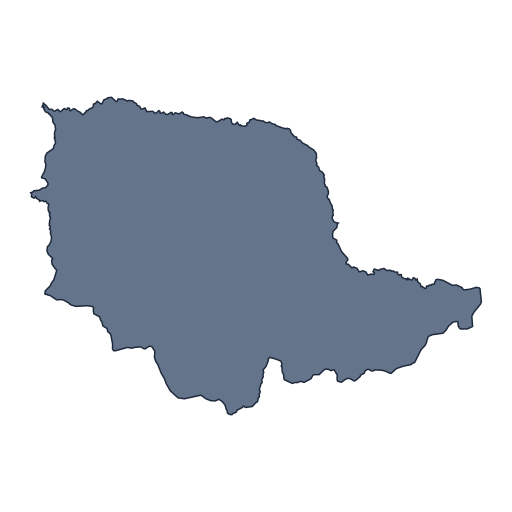 La Vega, Cauca, Colombia (Albers equal-area conic projection)
{"feature_id": "7082276B89331867807141", "entity_name": "La Vega", "entity_type": "district", "adm_level": 2, "iso_a3": "COL", "parent_name": "Colombia", "parent_adm1": "Cauca", "projection": "albers", "projection_center": [-76.765, 2.053], "detail": "fine", "context": "isolated", "style": "filled", "palette": "slate", "viewbox_px": 512, "rotation_deg": 0, "n_neighbors": 0, "source": "geoboundaries", "source_scale": "gbopen_adm2", "svg_char_len": 5982}
<svg xmlns="http://www.w3.org/2000/svg" viewBox="0 0 512 512"><path d="M470.4,289.1L464.1,289.9L462.5,288.7L462.1,287.6L456.4,285.0L452.5,285.3L442.9,280.3L437.6,279.3L435.9,279.8L434.0,284.2L431.7,284.4L431.1,285.2L429.6,285.0L428.3,286.0L426.7,286.0L426.0,288.2L425.2,288.6L422.0,286.4L421.0,286.6L420.1,283.7L417.7,281.8L417.1,279.0L416.3,279.9L415.7,279.9L414.8,278.2L413.4,277.7L411.9,279.9L410.9,280.0L407.8,278.1L407.4,278.5L407.9,279.7L407.0,279.8L405.8,278.7L404.0,278.5L401.7,277.1L401.3,274.6L398.2,274.8L397.4,272.1L395.1,272.2L393.6,271.1L391.5,271.1L390.3,270.2L386.7,270.5L384.0,268.4L379.5,269.6L378.7,270.4L374.3,269.0L373.0,271.7L374.4,272.7L373.9,274.3L370.8,274.1L367.7,275.1L366.0,272.0L363.1,270.8L359.2,271.8L357.1,268.4L353.6,267.0L351.9,267.9L348.4,264.3L346.2,264.0L346.3,261.9L347.9,259.9L347.5,258.3L341.4,251.3L338.0,243.9L336.7,242.4L336.8,240.2L332.9,238.0L332.5,234.0L333.3,231.0L336.8,227.6L337.3,224.3L338.3,223.1L334.3,222.1L332.2,218.6L332.5,216.0L333.2,215.5L332.9,211.6L333.3,210.0L332.5,209.2L332.0,205.5L330.3,202.8L329.2,199.4L327.7,198.3L327.1,196.8L328.5,193.2L328.3,191.0L326.9,187.1L325.2,186.2L325.1,184.8L324.4,183.7L324.6,178.9L323.8,176.7L324.3,174.9L322.3,172.1L320.2,171.0L319.2,169.6L318.7,167.2L316.5,165.4L317.0,163.9L315.7,160.2L316.6,157.4L316.2,153.2L313.6,149.9L308.3,146.6L307.7,145.6L302.4,143.0L300.2,140.3L296.8,139.1L296.6,137.1L295.1,137.0L293.1,135.2L290.6,132.1L290.6,130.6L289.4,129.0L287.2,128.3L285.9,129.0L285.0,128.3L283.5,128.3L276.2,125.6L275.3,124.5L271.7,123.6L269.5,121.9L267.5,122.7L265.4,122.5L263.0,120.8L261.4,121.1L259.9,120.4L256.7,120.1L253.9,118.3L251.3,119.6L249.9,119.8L249.1,122.5L247.2,123.0L246.7,123.9L246.9,125.3L245.0,126.2L241.3,125.9L240.5,124.8L239.3,125.4L237.3,122.3L235.0,124.4L232.5,123.9L231.6,122.6L231.1,119.4L229.9,118.5L227.1,117.9L225.7,118.7L224.7,118.5L223.9,119.9L222.0,119.1L217.8,121.6L215.9,121.7L211.7,118.2L209.8,117.3L206.0,118.1L203.9,116.8L197.8,117.7L191.3,117.0L189.8,116.1L188.6,116.2L187.5,115.1L183.8,114.3L183.2,112.7L182.1,112.0L179.0,113.9L175.2,112.8L173.6,114.4L172.7,114.5L172.2,114.1L172.1,112.7L171.1,112.3L168.0,114.3L166.1,114.5L163.6,112.1L161.9,113.1L160.2,113.3L159.8,111.2L158.7,110.6L156.7,112.8L155.2,113.2L152.7,111.3L146.8,111.6L145.0,107.9L142.0,109.1L141.0,109.0L139.6,106.3L137.0,105.3L136.5,103.7L134.0,102.3L132.8,100.9L128.8,100.4L127.3,101.0L122.4,98.7L120.9,99.2L118.2,98.9L117.1,101.3L116.2,101.6L111.5,97.3L107.7,97.8L106.1,99.1L104.0,99.7L102.0,103.8L100.6,103.7L97.3,101.2L95.3,103.5L93.5,104.1L93.3,106.3L92.3,107.8L89.5,108.9L87.7,110.5L86.3,110.6L86.0,111.8L82.7,114.9L80.1,112.2L77.8,111.2L74.5,108.7L72.8,109.1L70.5,110.8L69.8,110.5L69.4,108.4L68.5,108.0L67.5,108.1L67.1,109.4L66.5,109.6L64.2,108.5L60.7,111.6L60.0,111.5L57.8,109.4L54.7,111.2L53.9,111.1L52.0,109.4L48.9,109.2L46.3,105.7L43.3,103.1L43.0,105.0L42.4,105.8L43.3,106.1L42.3,106.9L43.3,107.1L43.5,107.8L44.3,107.7L43.9,109.0L45.4,111.8L48.6,113.1L48.8,114.0L50.2,114.6L50.6,115.8L51.7,116.3L52.6,118.7L52.9,122.1L55.0,125.1L55.6,129.4L54.7,131.9L54.4,134.4L54.9,136.0L54.3,137.4L55.2,137.9L54.5,139.0L55.3,141.0L55.5,143.3L54.2,145.3L53.2,148.7L46.8,153.1L45.3,156.3L44.9,161.7L45.9,164.3L45.4,168.3L44.3,171.7L41.5,177.1L41.7,177.8L45.2,178.9L47.9,183.0L47.9,185.0L45.4,187.8L42.8,188.0L39.1,190.2L33.8,190.8L32.6,192.1L30.7,192.7L31.7,193.9L31.4,196.5L32.1,197.3L34.3,198.2L35.6,196.6L36.7,198.5L38.9,199.7L39.7,201.4L41.1,200.7L43.0,200.6L43.8,201.6L45.9,201.3L47.2,203.4L48.8,204.0L48.1,207.5L48.3,210.7L49.0,211.1L49.0,212.3L50.1,212.8L49.4,214.5L49.9,216.9L50.6,217.5L49.6,220.8L49.8,222.3L49.2,222.9L49.6,224.0L49.2,224.9L49.5,225.9L50.4,226.7L50.2,228.2L49.5,228.8L50.7,230.7L50.4,233.6L51.3,235.9L51.5,238.2L50.9,241.5L49.5,244.4L47.4,246.8L46.9,250.9L48.4,254.4L52.7,258.5L51.6,260.1L52.1,264.2L55.2,268.7L56.5,269.8L56.6,270.8L53.8,279.9L51.3,283.3L50.2,285.9L45.3,290.8L44.8,293.8L45.8,294.4L46.9,294.2L47.7,295.0L50.0,295.4L56.5,299.8L61.4,299.6L63.4,300.0L68.6,302.8L70.6,304.8L75.9,306.4L86.9,305.7L92.3,306.4L93.5,307.7L93.3,310.9L93.8,313.7L99.7,316.9L100.5,319.9L102.0,322.3L102.9,326.0L107.1,328.5L107.8,331.8L110.0,333.5L110.9,335.0L112.6,344.2L112.5,348.6L113.4,350.6L115.3,350.8L127.6,347.4L131.6,348.2L135.4,347.3L140.8,346.9L143.8,348.7L144.8,348.8L145.6,348.8L146.5,347.8L149.8,346.1L152.1,346.9L154.9,351.5L154.4,357.2L155.9,361.8L157.7,364.3L161.3,373.4L164.4,378.6L166.3,383.8L170.2,390.7L178.0,397.8L184.3,398.8L200.3,395.3L201.2,395.3L206.0,398.8L210.8,400.7L215.5,400.9L218.7,399.3L221.7,401.1L224.2,403.9L225.2,405.5L226.3,409.5L227.2,410.8L227.4,413.0L229.1,414.2L230.8,414.6L231.8,414.7L233.6,413.1L235.5,412.7L236.4,411.9L237.1,410.1L242.4,407.5L243.3,406.1L244.0,406.1L245.3,407.5L252.3,406.5L255.7,402.8L257.5,401.7L258.3,398.0L259.4,396.7L259.1,394.2L259.9,393.0L260.1,391.0L259.3,389.6L261.0,383.8L262.1,382.7L261.8,379.3L263.2,377.0L263.0,374.7L263.8,372.2L263.0,370.1L266.1,366.3L268.2,360.9L268.2,359.1L269.8,357.4L276.5,359.3L280.9,361.1L281.9,363.7L281.3,366.3L281.8,366.4L282.3,372.2L283.6,374.6L284.0,379.2L284.6,379.9L292.4,383.4L294.9,382.5L297.6,382.6L299.2,381.7L301.7,381.5L303.5,382.3L304.5,382.2L311.0,378.7L312.8,375.4L313.7,374.7L319.2,374.6L323.1,370.7L325.6,369.0L328.4,369.3L330.8,370.6L333.6,369.8L334.4,370.1L337.3,375.2L337.0,378.9L337.6,381.2L341.5,382.2L345.6,379.2L348.4,378.3L350.7,378.9L353.9,380.9L355.3,380.7L360.0,376.7L360.7,375.1L364.2,373.3L365.3,370.6L367.2,369.5L369.1,369.4L370.9,370.7L372.5,371.1L375.2,369.9L381.9,370.2L385.6,371.2L389.5,373.1L391.3,373.3L395.6,369.2L397.4,368.2L403.3,366.2L411.0,364.6L412.6,363.2L414.6,362.6L421.1,349.6L425.0,345.5L426.0,343.7L428.2,336.5L432.3,334.7L443.0,333.2L446.0,330.2L448.6,326.0L453.0,322.1L456.5,321.5L457.9,321.8L458.2,326.0L459.5,328.2L460.6,329.0L467.4,328.9L472.6,326.5L471.8,316.2L474.0,312.1L480.3,304.4L481.3,302.1L481.2,300.3L480.0,288.7L479.4,288.0L476.4,287.3L470.4,289.1Z" fill="#64748b" stroke="#1e293b" stroke-width="1.5"/></svg>